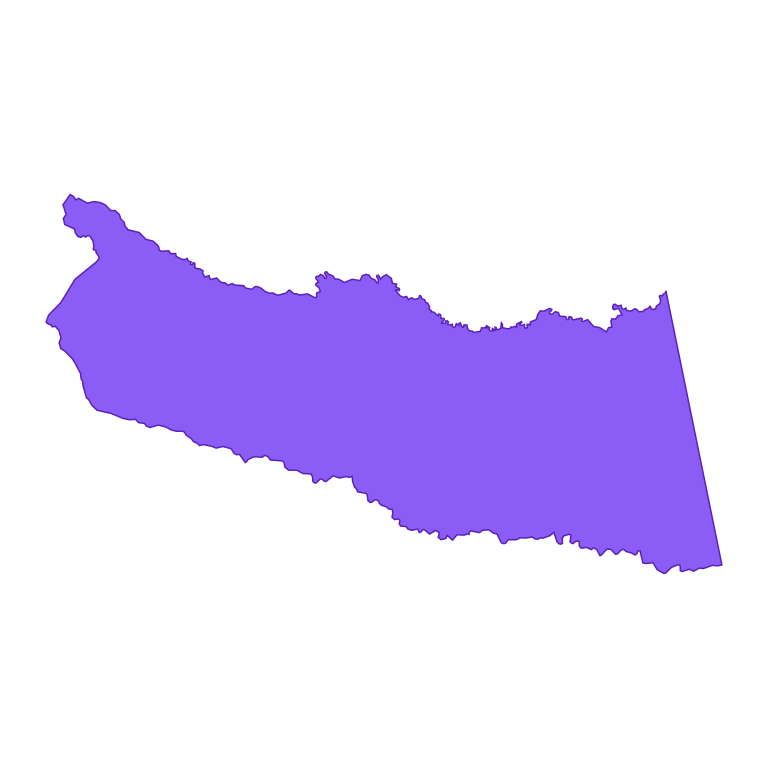 outline of Castilla La Nueva, Meta, Colombia
{"feature_id": "7082276B35606962606401", "entity_name": "Castilla La Nueva", "entity_type": "district", "adm_level": 2, "iso_a3": "COL", "parent_name": "Colombia", "parent_adm1": "Meta", "projection": "orthographic", "projection_center": [-73.54, 3.813], "detail": "fine", "context": "isolated", "style": "filled", "palette": "violet", "viewbox_px": 768, "rotation_deg": 0, "n_neighbors": 0, "source": "geoboundaries", "source_scale": "gbopen_adm2", "svg_char_len": 6081}
<svg xmlns="http://www.w3.org/2000/svg" viewBox="0 0 768 768"><path d="M70.1,194.6L63.0,204.7L66.1,214.5L63.4,218.4L64.7,224.5L74.6,229.0L75.3,232.9L78.1,236.6L80.9,237.4L83.3,235.6L85.5,237.0L88.1,235.5L89.8,236.1L93.0,241.0L93.9,246.4L93.2,249.1L93.5,249.8L95.9,250.2L96.0,252.5L98.9,256.7L99.1,258.3L96.9,261.5L75.0,279.3L60.9,302.5L48.6,315.1L46.1,322.2L48.2,324.0L50.9,324.9L52.3,326.8L55.3,326.4L58.9,330.4L61.0,338.0L59.1,342.8L60.9,348.7L64.7,351.0L72.4,358.8L75.6,364.1L80.6,373.6L81.1,378.8L82.7,381.5L83.0,385.6L86.5,397.8L88.7,399.6L92.2,405.7L97.2,410.3L111.0,413.4L123.0,418.4L129.7,419.8L135.4,419.3L138.5,422.6L144.4,423.4L146.5,426.1L149.8,427.5L158.2,425.1L166.0,427.0L170.9,429.8L176.5,431.3L182.2,431.1L184.1,431.9L186.4,435.3L191.1,438.5L193.5,441.6L197.3,443.4L199.6,445.6L203.5,444.6L212.1,446.4L216.1,448.1L222.9,446.5L231.2,448.7L233.8,453.1L236.5,454.7L239.6,454.4L245.2,462.5L246.8,461.6L247.5,459.9L253.6,456.8L262.4,457.2L264.7,455.4L267.6,456.4L270.5,460.0L282.4,460.9L283.9,462.3L285.0,467.2L288.4,470.1L296.7,470.2L303.0,473.5L310.9,474.0L312.4,476.4L312.9,481.5L314.4,482.9L316.2,482.9L320.4,478.9L322.4,479.3L324.3,481.3L326.1,481.5L333.1,475.8L339.4,478.0L346.0,476.6L349.3,477.4L352.1,476.4L352.6,481.5L354.6,487.1L356.6,489.1L357.7,491.9L366.3,493.4L367.3,495.4L367.9,500.5L369.9,502.4L371.6,502.4L374.8,499.8L376.4,499.9L378.5,501.0L379.4,503.4L381.4,505.2L386.5,506.9L388.7,509.0L392.3,509.5L392.9,513.2L392.0,517.0L394.6,519.6L398.7,518.9L399.9,520.7L399.2,523.8L400.6,526.0L406.2,526.6L407.9,529.1L411.7,530.3L417.7,529.1L419.3,532.5L421.0,531.9L423.2,529.5L424.3,529.6L429.5,534.1L435.8,530.4L439.2,532.8L438.2,537.3L441.0,539.7L445.9,538.5L447.1,535.4L452.5,540.1L457.0,534.8L464.2,535.1L467.7,533.9L469.1,534.3L469.0,532.9L470.5,530.9L479.5,532.6L482.4,530.3L488.8,529.8L493.3,533.1L496.9,533.9L501.3,542.8L503.9,543.7L506.0,542.9L507.6,540.4L509.0,539.7L516.3,539.7L520.4,537.8L525.8,538.0L532.3,537.0L534.8,538.8L537.8,539.2L540.4,537.8L542.8,538.2L549.7,535.8L553.9,532.4L557.0,541.7L558.8,543.7L560.9,544.2L562.5,543.2L562.2,538.0L564.0,535.8L569.4,534.2L571.1,535.6L570.0,541.5L571.5,543.3L573.0,543.6L575.7,541.4L578.4,541.2L579.3,542.1L579.3,545.9L580.6,547.7L582.5,548.2L586.3,547.3L591.4,549.6L593.2,548.1L594.5,548.2L596.8,549.7L599.9,555.6L601.0,555.4L606.8,549.2L610.8,549.3L615.5,554.3L617.9,553.7L620.8,550.2L623.6,549.3L626.3,551.6L631.1,552.8L635.1,555.0L637.0,553.6L637.9,551.0L640.0,550.7L642.9,563.0L646.0,563.5L653.0,562.7L657.2,569.7L663.9,573.4L665.5,573.2L671.4,567.4L677.7,564.9L680.2,565.5L680.3,570.7L682.1,571.5L689.0,569.3L693.8,571.2L699.3,568.1L703.4,568.5L712.3,565.4L718.1,565.8L721.9,564.9L665.9,290.8L665.4,292.9L663.1,294.3L662.4,295.9L660.0,295.5L659.3,296.2L660.5,300.0L660.2,303.2L656.4,306.2L655.8,308.4L653.4,309.6L651.7,309.0L650.1,306.3L648.3,308.3L644.8,309.7L642.6,311.6L638.5,311.7L637.0,309.6L634.8,308.7L631.6,310.8L629.2,311.1L626.6,310.3L625.9,308.1L623.6,309.3L622.3,309.0L621.0,305.3L617.6,306.1L615.3,304.3L613.7,304.4L612.7,306.2L612.9,308.9L614.2,309.7L617.2,308.6L619.0,309.1L622.1,314.9L618.0,315.7L615.5,319.1L611.8,318.8L610.9,321.1L611.8,327.1L608.5,327.7L606.4,331.9L599.7,327.6L593.5,326.4L587.6,319.6L583.4,321.5L581.8,321.1L582.3,319.2L581.4,318.1L573.6,319.8L572.5,319.5L571.7,317.3L570.0,316.7L568.5,317.2L569.1,318.8L567.7,319.7L566.5,319.0L565.7,316.6L559.6,316.2L558.4,312.5L555.2,311.7L552.3,314.1L550.0,314.1L549.3,312.0L551.4,310.8L551.8,309.4L549.6,308.4L543.7,311.2L540.3,310.8L537.7,314.5L536.4,319.5L530.4,321.9L529.9,325.2L528.2,324.2L527.0,324.5L527.3,327.5L526.1,328.3L524.8,328.0L524.4,324.5L521.5,325.4L519.8,324.7L520.0,323.7L521.8,322.6L521.4,321.6L516.7,324.0L516.6,327.2L515.2,326.2L512.7,327.4L511.0,326.9L510.1,328.3L507.9,328.8L502.8,327.8L502.3,324.1L501.4,322.9L500.8,328.3L498.3,329.6L497.0,329.6L496.1,327.6L495.0,327.2L495.5,330.0L494.6,330.2L492.6,328.5L492.1,329.3L493.4,330.7L491.1,331.3L488.8,329.5L489.7,327.7L486.6,325.7L486.0,326.4L486.9,327.7L481.5,327.9L480.5,331.3L473.8,332.5L472.6,331.2L469.1,330.8L467.4,328.0L467.0,325.1L464.0,324.8L463.4,327.1L462.2,327.2L460.3,322.9L459.1,323.3L458.7,325.1L456.3,323.6L455.3,326.6L454.1,327.5L452.7,326.8L452.3,324.2L449.3,325.1L447.7,324.3L448.5,322.0L447.1,320.8L445.7,321.1L445.3,323.2L441.8,323.4L441.8,322.4L444.3,320.0L444.1,318.6L440.8,318.1L440.6,314.6L438.7,314.1L438.0,315.8L433.9,312.2L431.5,311.8L431.3,310.6L429.2,309.3L429.6,307.0L427.8,303.3L425.5,302.2L424.7,299.7L422.2,298.9L420.6,295.8L419.6,295.6L419.0,297.7L417.6,298.7L414.1,299.5L412.5,298.0L411.0,297.9L408.5,299.6L406.6,296.5L403.2,297.3L400.1,295.8L395.4,290.3L396.5,289.7L398.9,290.7L399.6,289.6L399.2,288.5L395.7,286.8L396.7,284.2L392.4,283.2L391.4,278.4L386.5,274.7L383.0,276.4L380.6,279.0L378.5,275.2L376.9,275.6L376.7,276.9L378.3,279.5L378.1,283.1L376.9,282.9L375.1,280.0L371.3,278.4L368.9,275.0L365.9,274.4L362.4,275.7L360.0,280.6L352.3,279.3L344.4,282.4L338.4,279.1L334.9,279.1L333.1,276.0L328.5,274.1L326.9,272.0L325.6,271.8L324.5,273.4L326.5,276.4L326.0,278.5L324.6,278.3L323.7,276.0L320.5,274.4L318.9,276.2L316.9,276.2L315.9,277.1L315.9,278.5L318.5,281.9L316.1,283.5L315.7,285.0L319.1,287.9L320.3,291.5L316.6,293.0L316.6,297.0L315.0,297.8L307.6,293.9L299.4,295.1L296.8,293.8L293.8,293.7L289.8,290.2L288.8,290.3L286.2,293.0L277.6,295.3L272.7,292.9L269.2,293.2L265.3,291.6L261.1,288.2L257.2,286.5L254.9,286.7L251.9,289.3L245.8,288.1L243.6,285.6L235.0,285.1L232.1,283.6L227.8,285.2L225.2,282.9L220.8,282.3L216.7,278.0L211.0,279.4L210.0,278.8L209.0,275.6L204.9,277.0L202.5,273.0L203.1,271.0L200.3,269.0L195.5,268.2L194.7,266.7L194.9,263.6L194.0,262.8L193.1,262.7L192.7,264.6L190.4,264.4L191.0,261.9L188.2,261.0L187.2,258.4L184.8,259.6L181.6,259.2L176.2,256.4L175.6,253.5L170.7,253.7L168.7,250.8L160.9,251.2L159.2,249.9L158.7,246.8L157.4,245.0L153.0,241.1L145.9,239.3L139.2,232.5L128.1,229.8L125.0,226.0L124.2,222.3L120.9,219.1L119.3,214.4L115.2,210.6L110.7,210.5L105.2,204.8L100.1,202.5L93.7,201.6L87.4,203.2L78.6,198.3L75.9,199.9L73.6,196.5L70.1,194.6Z" fill="#8b5cf6" stroke="#5b21b6" stroke-width="1.5"/></svg>